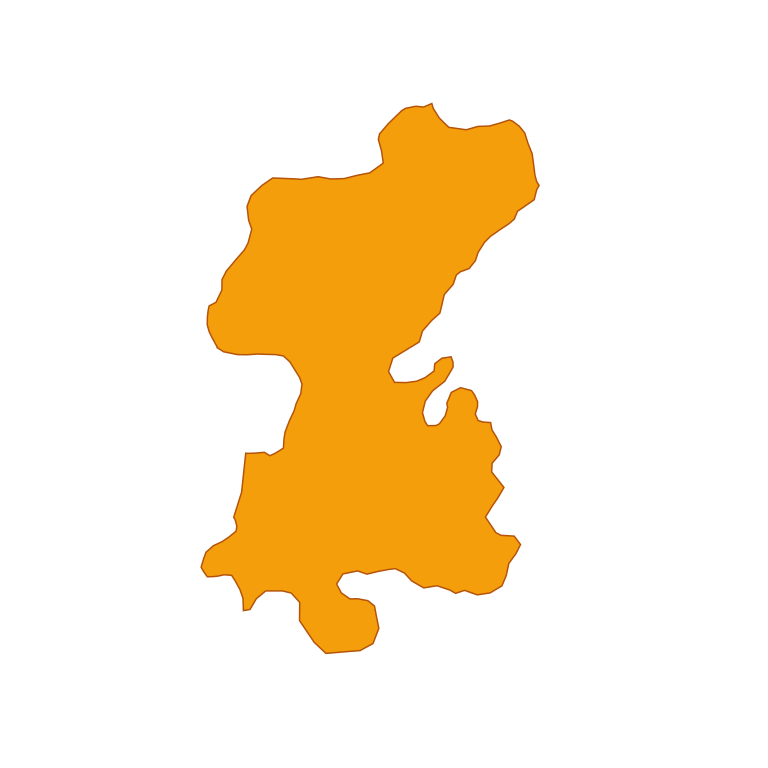 outline of Khojavend District, Xocavənd, Azerbaijan, rotated 328°
{"feature_id": "54616110B38461317640181", "entity_name": "Khojavend District", "entity_type": "district", "adm_level": 2, "iso_a3": "AZE", "parent_name": "Azerbaijan", "parent_adm1": "Xocavənd", "projection": "natural_earth1", "projection_center": [47.013, 39.65], "detail": "fine", "context": "isolated", "style": "filled", "palette": "amber", "viewbox_px": 768, "rotation_deg": 328, "n_neighbors": 0, "source": "geoboundaries", "source_scale": "gbopen_adm2", "svg_char_len": 2691}
<svg xmlns="http://www.w3.org/2000/svg" viewBox="0 0 768 768"><g transform="rotate(328 384 384)"><path d="M573.2,171.5L564.3,170.1L558.3,165.4L548.3,161.6L543.8,161.6L526.0,165.4L512.8,169.5L508.8,173.6L505.5,184.9L500.4,196.3L483.8,197.4L471.8,192.8L459.1,188.7L447.6,182.0L438.0,173.3L422.3,166.6L418.4,163.7L398.8,150.3L385.8,150.9L371.1,153.8L362.0,160.8L356.0,173.3L353.9,182.6L343.3,192.5L336.7,196.3L325.5,199.7L310.1,204.7L302.0,209.6L296.3,218.4L284.8,225.7L277.1,225.1L273.9,228.4L269.8,233.5L265.5,240.1L263.5,246.8L262.8,253.0L262.1,264.8L261.8,264.9L265.1,271.7L275.4,281.5L284.0,287.0L292.0,291.2L308.2,302.0L313.6,307.0L315.9,315.3L315.9,323.2L315.9,333.5L314.4,340.6L308.4,348.0L299.1,354.1L293.6,359.1L284.5,364.9L274.7,372.3L270.4,377.2L264.7,385.1L255.4,385.1L249.3,384.4L246.3,378.5L237.8,374.2L230.8,370.1L230.1,369.4L205.8,400.4L185.9,417.4L185.9,420.0L183.9,426.5L180.6,430.4L171.3,431.6L163.0,431.9L153.7,430.7L143.8,432.4L138.1,436.9L131.9,442.4L131.6,447.1L132.0,453.8L137.0,456.8L141.3,458.9L147.2,461.0L153.4,465.5L153.5,471.5L152.9,482.0L150.9,490.9L144.7,501.7L150.9,504.2L162.0,498.4L174.0,496.8L188.3,505.7L194.6,512.2L196.8,524.5L187.0,539.9L187.9,566.0L189.7,572.9L192.0,581.7L207.6,589.7L222.5,597.4L229.6,597.8L237.1,598.3L250.1,588.5L254.2,577.7L258.3,567.2L255.5,559.2L247.9,552.2L241.2,548.2L237.1,538.6L237.8,528.5L248.5,523.3L262.5,528.5L268.8,536.2L279.9,539.9L289.4,543.6L295.8,546.6L301.2,555.2L303.1,565.7L309.7,578.0L322.1,583.2L330.7,593.7L333.8,599.5L343.0,601.7L351.3,612.2L363.3,617.4L377.0,617.7L386.2,611.2L394.8,602.3L406.2,597.7L414.7,592.5L413.8,582.0L403.0,574.3L400.1,569.4L399.5,550.6L411.2,544.8L419.8,541.1L422.5,539.7L430.9,535.3L428.7,515.6L433.7,508.5L444.2,505.1L450.2,499.3L451.2,488.8L451.2,480.2L454.0,473.2L448.0,468.9L444.5,464.9L445.5,457.8L451.2,452.9L454.0,448.6L455.0,441.3L454.7,436.0L447.0,427.7L436.6,426.8L427.1,433.6L425.5,437.6L419.1,443.4L410.0,447.1L406.1,446.8L398.9,442.5L398.9,437.3L401.4,428.7L409.9,420.4L421.7,415.5L436.9,413.9L444.5,410.0L451.5,406.3L454.0,402.3L455.3,396.5L446.7,392.8L437.8,393.7L433.4,399.5L422.3,400.4L413.1,398.9L403.6,394.6L393.8,388.2L394.4,375.9L405.2,366.7L436.2,367.0L444.8,359.4L458.1,355.4L468.9,353.5L475.2,347.4L482.5,340.1L495.5,336.1L503.1,329.9L508.2,329.3L517.4,331.2L526.9,327.8L533.5,322.3L544.3,317.1L552.5,315.2L563.6,314.6L574.7,314.3L581.8,313.2L588.7,308.3L609.0,307.3L616.5,300.1L620.7,297.8L620.7,293.4L622.7,286.8L627.3,276.9L631.7,267.1L633.7,255.9L636.4,245.6L635.3,236.9L632.2,229.0L630.2,226.5L620.4,224.1L609.9,221.0L600.3,215.4L588.5,212.0L574.9,200.6L571.8,187.6L571.8,176.2L573.2,171.5Z" fill="#f59e0b" stroke="#b45309" stroke-width="1.5"/></g></svg>